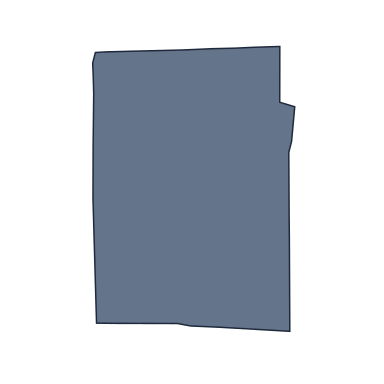 Dois Irmãos, Rio Grande do Sul, Brazil, rotated 171°
{"feature_id": "56859067B39393866453324", "entity_name": "Dois Irmãos", "entity_type": "district", "adm_level": 2, "iso_a3": "BRA", "parent_name": "Brazil", "parent_adm1": "Rio Grande do Sul", "projection": "albers", "projection_center": [-51.091, -29.598], "detail": "fine", "context": "isolated", "style": "filled", "palette": "slate", "viewbox_px": 384, "rotation_deg": 171, "n_neighbors": 0, "source": "geoboundaries", "source_scale": "gbopen_adm2", "svg_char_len": 459}
<svg xmlns="http://www.w3.org/2000/svg" viewBox="0 0 384 384"><g transform="rotate(171 192 192)"><path d="M282.5,252.6L290.8,201.2L306.8,77.4L288.5,74.3L227.0,64.4L214.3,59.9L184.9,53.9L117.2,39.1L103.2,130.3L99.8,153.2L90.2,216.0L85.7,226.5L77.2,260.1L91.3,266.9L82.5,322.0L109.5,325.4L127.6,327.4L148.9,330.3L179.6,333.8L253.8,343.7L265.6,344.9L269.9,335.0L271.2,323.9L273.7,304.5L282.5,252.6Z" fill="#64748b" stroke="#1e293b" stroke-width="1.5"/></g></svg>